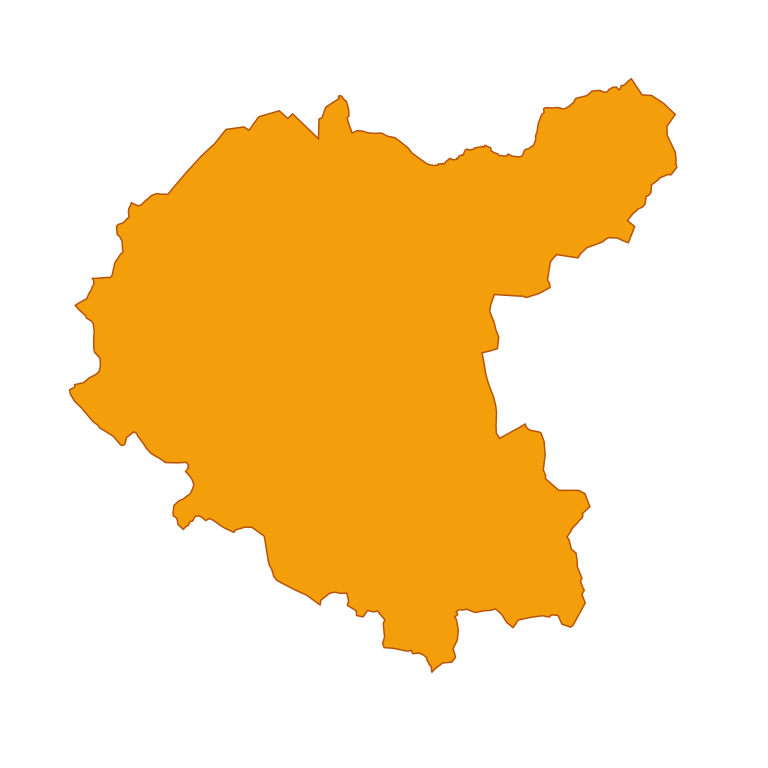 the district of Bauchi, Bauchi, Nigeria, rotated 85°
{"feature_id": "59680162B24167581171767", "entity_name": "Bauchi", "entity_type": "district", "adm_level": 2, "iso_a3": "NGA", "parent_name": "Nigeria", "parent_adm1": "Bauchi", "projection": "mercator", "projection_center": [9.889, 10.254], "detail": "fine", "context": "isolated", "style": "filled", "palette": "amber", "viewbox_px": 768, "rotation_deg": 85, "n_neighbors": 0, "source": "geoboundaries", "source_scale": "gbopen_adm2", "svg_char_len": 6149}
<svg xmlns="http://www.w3.org/2000/svg" viewBox="0 0 768 768"><g transform="rotate(85 384 384)"><path d="M675.2,361.3L674.1,360.1L672.9,359.0L667.1,350.0L666.9,340.6L662.5,336.6L658.9,337.1L653.7,338.3L645.5,333.3L635.9,331.4L624.8,332.4L622.3,333.8L621.4,333.0L621.0,331.5L619.5,330.7L618.8,331.1L617.5,332.0L615.6,329.3L615.6,327.2L616.0,325.8L615.9,323.2L615.4,321.6L619.6,313.2L618.6,303.8L618.8,298.0L617.8,292.4L623.6,287.0L632.3,282.5L637.9,276.7L634.7,273.8L630.9,271.1L629.2,258.1L628.7,246.3L630.5,239.7L628.6,237.1L629.6,230.9L638.8,227.6L642.4,219.4L642.5,219.3L641.0,216.8L619.6,202.6L610.9,205.2L606.8,202.4L605.0,203.4L603.9,203.7L601.2,204.6L599.0,205.0L598.0,205.3L597.8,205.4L597.1,205.2L596.6,205.0L596.1,204.8L595.8,204.6L595.5,204.1L595.3,203.8L594.3,203.9L590.9,204.9L582.8,207.4L579.2,207.0L569.3,207.4L564.6,211.9L555.7,213.1L552.3,215.0L548.6,211.9L543.6,208.5L539.4,203.4L537.1,201.5L535.7,199.6L534.6,198.2L532.5,197.4L530.4,197.6L524.1,189.6L510.6,193.5L506.9,199.4L505.2,219.1L492.4,231.4L489.3,230.9L483.5,232.8L468.9,229.7L455.4,229.5L446.4,231.9L445.2,234.0L442.7,242.8L440.3,245.4L438.1,246.4L436.2,246.9L439.3,253.3L441.6,258.7L448.2,273.5L442.7,276.4L435.9,276.1L422.2,274.4L415.2,274.6L406.4,276.0L396.4,278.9L391.3,280.2L383.2,281.7L371.4,282.6L361.4,283.6L360.5,276.5L358.7,268.0L347.3,265.6L340.3,267.7L332.4,268.9L320.8,272.4L314.5,270.8L304.5,266.2L308.4,240.3L308.4,238.9L310.2,234.4L307.3,221.4L302.3,210.2L298.1,210.3L294.9,212.1L276.9,207.6L273.5,204.6L270.2,200.7L275.3,179.8L271.3,176.8L265.9,170.0L261.5,153.9L258.9,150.0L257.8,147.3L259.0,138.6L262.2,133.3L264.6,128.3L249.0,120.5L242.4,127.3L236.5,121.6L235.7,121.1L234.5,118.6L231.6,115.5L231.6,114.9L230.1,110.8L227.7,108.4L222.7,107.1L220.1,106.5L218.6,103.1L216.3,101.3L209.1,100.3L204.3,92.7L203.6,92.2L203.1,92.1L200.1,83.4L200.6,79.9L193.7,73.4L188.7,74.1L187.0,73.5L178.6,73.6L160.9,80.2L151.8,79.6L140.8,70.3L130.9,79.3L129.1,80.7L119.9,92.2L118.5,101.7L101.5,111.0L103.1,113.8L106.3,117.5L107.4,119.5L107.4,121.6L110.0,122.7L111.2,123.0L110.9,124.9L108.4,126.6L108.5,130.5L110.3,134.4L112.0,135.8L112.7,137.3L112.2,140.1L110.4,143.0L110.2,147.0L110.4,151.4L113.6,155.5L114.6,157.8L115.1,161.2L115.8,166.0L116.3,168.2L120.0,170.5L123.0,174.9L124.8,178.1L125.7,181.2L124.3,185.0L123.5,187.9L123.8,191.1L123.3,195.0L122.8,199.0L123.9,201.1L127.4,200.8L128.5,202.5L130.4,204.0L132.8,205.2L135.0,206.0L136.7,207.3L139.3,207.8L141.1,208.4L143.3,209.0L145.5,209.3L147.8,210.5L150.6,211.5L152.2,211.3L154.7,211.9L160.0,214.8L160.2,216.7L161.6,218.0L162.2,219.9L162.6,222.0L163.2,223.6L165.2,224.6L167.6,225.7L169.3,227.3L169.5,230.8L168.2,236.1L166.5,239.2L165.8,240.5L167.0,240.9L167.4,242.9L167.5,245.4L166.6,246.5L166.5,249.5L164.6,250.7L163.6,253.3L161.1,256.9L158.9,257.1L157.8,257.3L156.3,260.7L155.0,262.5L155.4,263.2L156.5,263.4L156.8,264.3L155.7,265.6L156.4,267.2L156.4,269.8L156.9,273.7L157.9,274.2L158.4,279.0L157.2,280.4L158.2,282.8L160.9,284.3L162.9,285.2L162.5,287.0L163.2,288.5L163.4,289.4L165.0,290.1L165.2,291.5L166.5,291.9L166.7,294.5L166.4,296.5L165.7,297.3L165.1,298.2L165.3,299.4L166.3,300.6L167.5,302.4L169.1,303.9L169.3,304.9L170.1,305.5L169.5,306.5L169.7,308.3L170.0,309.5L169.3,310.3L170.9,312.0L170.5,313.2L170.9,315.0L170.1,317.0L169.7,319.3L169.0,320.5L168.6,321.7L164.5,326.7L156.2,336.1L150.9,339.5L144.5,346.1L139.6,351.7L137.5,358.7L136.6,360.3L134.1,364.0L133.7,365.8L133.5,371.4L132.8,375.9L132.0,379.5L131.2,380.8L130.3,383.1L129.2,388.2L131.1,393.9L129.1,394.6L127.8,394.7L125.0,395.6L121.0,396.5L117.8,397.2L116.3,397.3L115.0,397.2L114.1,395.6L109.4,395.3L108.6,395.3L106.2,395.4L103.2,396.1L99.3,396.8L96.3,399.7L93.7,401.0L92.8,402.6L93.5,404.3L95.6,403.8L103.1,417.8L113.4,422.6L114.5,425.7L134.0,427.9L106.9,451.5L111.1,456.7L102.7,464.5L106.8,485.1L107.9,486.4L119.5,496.4L115.7,501.0L116.6,519.2L129.6,531.5L140.6,545.7L156.1,562.6L168.9,575.6L176.2,582.8L175.4,589.7L174.5,593.9L175.4,597.3L176.2,599.7L178.6,602.5L180.4,605.5L184.8,610.8L184.8,614.0L181.4,619.9L184.0,620.9L186.8,622.8L190.0,623.6L195.4,623.5L200.6,629.7L200.9,630.6L201.9,634.7L203.5,636.7L211.9,636.8L213.7,634.6L219.2,632.4L224.8,632.7L229.9,632.6L231.4,634.9L235.0,637.7L239.7,641.5L252.5,645.6L254.4,648.5L253.7,649.8L253.6,662.3L253.4,665.3L255.6,664.1L257.4,664.4L259.7,664.3L261.4,666.1L265.0,667.6L268.5,670.3L273.1,672.7L276.2,679.8L278.7,684.7L283.1,681.7L286.8,678.2L290.1,675.2L292.4,674.8L295.7,670.1L298.0,668.5L307.0,668.1L311.7,669.0L315.8,669.5L321.7,669.9L327.0,669.7L333.5,664.7L341.4,664.9L346.9,666.9L349.5,670.4L352.0,676.8L356.5,683.1L357.7,692.2L359.5,692.3L360.7,693.2L361.6,695.9L362.3,697.7L367.0,697.3L374.5,693.5L381.7,687.3L396.2,677.1L399.7,673.0L403.3,670.7L406.2,666.4L412.6,658.2L421.7,651.7L422.5,649.7L421.3,647.4L415.0,645.1L409.8,637.4L411.4,635.0L415.0,633.5L422.5,628.8L427.2,626.4L432.8,622.2L435.5,618.6L438.7,613.8L443.2,608.5L444.6,596.0L444.8,587.9L448.0,585.6L449.0,586.5L449.9,586.1L450.5,586.0L451.0,586.9L453.5,588.8L454.0,589.3L456.0,587.5L461.9,583.7L467.7,582.2L471.4,583.7L476.7,586.9L478.8,590.7L481.0,593.9L482.6,598.6L486.6,603.8L493.4,605.3L497.0,605.4L499.3,602.4L501.8,601.7L505.8,601.6L511.4,596.7L509.1,594.1L507.7,591.2L504.0,589.1L504.0,586.8L501.4,585.0L499.5,583.7L499.3,579.5L501.0,577.0L504.5,573.7L502.8,569.6L504.9,566.0L509.6,560.6L513.7,555.2L518.7,546.5L516.3,544.2L514.4,534.2L515.0,531.7L515.1,528.3L525.2,516.5L549.9,514.7L554.2,514.1L558.5,512.2L562.5,511.2L565.8,510.7L570.1,508.0L573.5,503.1L580.6,491.8L585.6,483.2L587.6,479.5L598.5,467.0L597.3,466.6L593.9,465.8L587.6,456.1L587.1,450.7L587.2,450.4L588.8,445.7L589.1,439.3L591.6,439.0L596.6,438.2L601.4,439.7L607.5,431.5L612.2,431.5L614.2,425.2L608.2,420.0L610.2,414.1L609.5,410.4L619.0,403.8L622.6,405.6L636.1,405.5L642.3,408.0L646.6,406.9L648.1,397.7L652.2,384.1L651.8,379.8L652.9,379.7L653.6,379.6L654.3,379.3L655.2,378.8L655.1,375.2L655.2,373.1L655.7,370.9L656.9,369.1L658.1,367.6L659.3,366.6L660.3,365.1L662.8,365.3L663.9,364.9L665.0,364.0L666.9,363.7L668.0,362.9L668.6,361.8L670.2,361.9L671.4,361.5L672.8,361.6L674.3,361.6L675.2,361.3Z" fill="#f59e0b" stroke="#b45309" stroke-width="1.5"/></g></svg>